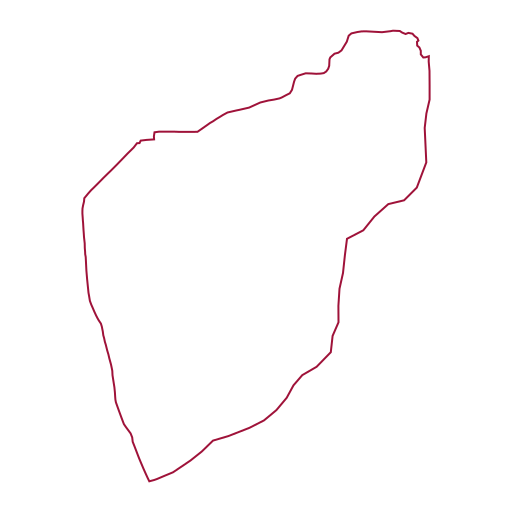 outline of Debubawi Mibrak, Maekel, Eritrea
{"feature_id": "51966322B67298310056264", "entity_name": "Debubawi Mibrak", "entity_type": "district", "adm_level": 2, "iso_a3": "ERI", "parent_name": "Eritrea", "parent_adm1": "Maekel", "projection": "mercator", "projection_center": [38.948, 15.319], "detail": "fine", "context": "isolated", "style": "outline", "palette": "rose", "viewbox_px": 512, "rotation_deg": 0, "n_neighbors": 0, "source": "geoboundaries", "source_scale": "gbopen_adm2", "svg_char_len": 2319}
<svg xmlns="http://www.w3.org/2000/svg" viewBox="0 0 512 512"><path d="M414.4,35.9L412.5,33.7L408.4,32.9L405.6,34.0L402.2,32.6L399.8,31.0L393.0,30.7L390.4,31.2L382.0,32.2L365.8,31.3L361.6,31.4L357.5,32.0L351.4,33.4L348.7,35.7L346.8,41.7L341.5,50.4L338.4,52.7L334.5,53.7L330.3,57.4L329.5,59.3L329.2,65.8L328.2,68.8L326.2,71.5L323.8,73.1L320.7,73.6L316.2,73.8L311.6,73.5L305.7,73.3L300.9,74.8L297.6,75.9L295.2,78.6L294.1,81.6L292.7,87.1L292.0,89.8L289.8,93.3L286.4,95.0L281.7,97.5L279.5,98.4L274.0,99.6L268.4,100.5L260.3,102.5L253.7,105.5L249.1,107.6L239.1,109.9L236.6,110.4L227.5,112.5L222.9,115.0L220.2,116.7L216.5,118.9L213.0,121.3L210.0,123.0L207.5,124.8L197.5,131.8L190.6,131.9L184.7,131.9L179.9,131.9L175.0,131.7L169.8,131.7L162.9,131.7L158.8,131.7L154.5,132.3L153.9,136.4L154.1,139.4L146.6,139.9L140.7,140.6L139.5,143.1L137.0,143.2L133.6,147.6L127.6,153.5L117.1,164.4L115.2,166.3L110.5,171.0L108.0,173.4L103.6,177.7L98.7,182.7L93.7,187.7L91.0,190.3L88.1,193.6L84.3,198.2L84.0,201.6L83.1,205.3L82.5,208.5L82.4,211.1L82.4,213.6L82.7,217.7L82.9,220.8L83.1,223.0L83.3,226.5L83.5,229.8L83.8,233.8L84.0,237.0L84.7,243.3L84.8,248.1L85.1,251.7L85.2,254.2L85.7,256.9L85.9,260.6L86.4,270.7L87.1,279.0L88.5,292.8L89.0,295.5L89.9,300.9L91.3,304.7L92.5,307.4L94.4,311.8L96.1,315.5L97.5,318.2L98.7,320.3L100.9,323.6L101.8,326.5L102.8,331.5L103.3,335.3L104.1,338.1L104.9,341.9L105.8,344.8L107.2,350.4L108.4,354.4L109.3,358.3L111.0,364.5L111.8,368.3L112.3,370.9L112.5,375.2L114.4,387.3L114.9,392.3L115.2,397.1L115.4,399.6L115.9,402.3L118.9,410.7L121.4,417.5L122.9,421.5L123.9,424.1L125.8,426.9L130.6,433.4L132.2,437.4L132.7,441.8L134.1,445.3L135.8,449.7L137.9,455.2L139.1,458.3L140.9,462.6L143.4,468.5L145.9,474.1L147.6,477.8L149.3,481.3L154.2,480.0L157.0,479.0L164.8,475.7L173.0,472.3L190.5,460.5L201.8,451.5L213.0,440.6L228.3,436.1L249.5,427.8L264.0,420.4L276.4,410.1L286.7,397.8L293.5,385.3L302.3,375.1L316.6,366.8L330.8,352.2L332.6,335.9L338.5,322.3L338.4,305.8L339.5,288.7L343.0,273.0L344.9,255.2L347.0,238.8L363.3,230.3L374.4,216.5L388.3,204.1L404.1,200.3L416.8,187.6L426.3,162.4L424.7,127.9L426.4,113.4L429.6,99.6L429.6,85.2L429.5,70.9L428.7,61.6L428.8,56.2L425.6,57.3L423.3,57.5L420.8,54.4L420.8,50.8L419.4,47.5L417.2,45.6L417.0,41.8L418.4,40.6L417.4,38.1L414.4,35.9Z" fill="none" stroke="#9f1239" stroke-width="2"/></svg>